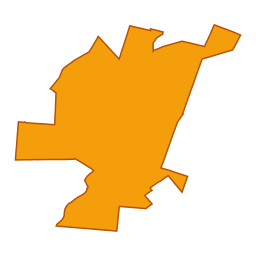 Lehliu, Calarasi, Romania
{"feature_id": "2599482B77078336789858", "entity_name": "Lehliu", "entity_type": "district", "adm_level": 2, "iso_a3": "ROU", "parent_name": "Romania", "parent_adm1": "Calarasi", "projection": "natural_earth1", "projection_center": [26.817, 44.478], "detail": "fine", "context": "isolated", "style": "filled", "palette": "amber", "viewbox_px": 256, "rotation_deg": 0, "n_neighbors": 0, "source": "geoboundaries", "source_scale": "gbopen_adm2", "svg_char_len": 3825}
<svg xmlns="http://www.w3.org/2000/svg" viewBox="0 0 256 256"><path d="M56.2,226.0L64.5,226.7L116.8,231.1L119.3,206.4L146.2,208.6L146.7,207.9L147.9,207.0L152.0,204.0L152.1,203.8L149.9,201.5L149.5,201.0L149.3,200.9L149.1,200.6L148.4,199.7L144.6,195.3L152.0,190.4L150.1,188.2L150.1,187.9L150.2,187.7L157.8,182.4L158.4,182.3L161.0,180.6L168.2,175.6L182.0,192.2L187.6,176.4L177.3,173.1L169.8,170.5L160.9,167.9L162.2,164.5L162.9,162.8L163.3,162.2L163.6,160.9L163.9,160.1L164.4,158.7L165.1,156.7L166.1,153.9L167.1,151.1L168.8,146.1L172.7,135.1L177.5,122.1L183.3,113.8L182.6,113.5L184.2,109.5L185.3,106.2L191.1,89.8L192.7,85.3L192.8,85.2L196.0,76.1L197.0,73.3L198.9,67.9L201.3,61.2L202.0,59.3L202.1,59.1L203.3,58.7L221.7,53.2L227.3,51.5L229.4,50.9L231.6,50.3L231.8,50.2L232.3,50.1L232.7,49.9L233.4,48.6L235.5,44.8L237.5,41.0L240.6,35.1L238.0,34.0L234.5,32.5L232.0,31.5L229.7,30.6L227.3,29.7L223.4,28.3L221.0,27.4L219.5,26.8L217.4,26.0L215.1,25.0L214.2,24.9L213.6,26.2L212.7,28.2L212.3,29.3L209.8,35.0L208.2,38.5L204.5,46.5L204.4,46.5L188.5,42.7L182.4,41.3L182.2,41.2L180.7,41.6L179.3,42.0L177.2,42.6L174.6,43.3L171.1,44.3L168.2,45.1L165.7,45.8L163.9,46.3L163.5,46.5L160.9,47.5L157.2,49.1L155.8,49.6L154.3,50.3L154.0,50.4L153.5,50.9L153.1,51.2L153.2,47.0L153.1,45.0L153.1,44.0L153.2,42.9L153.9,41.9L155.0,40.5L155.7,39.4L156.6,38.0L156.9,37.7L158.6,36.7L159.8,35.9L161.2,35.0L161.3,35.0L162.6,34.2L163.1,32.0L156.8,30.4L151.9,29.2L150.4,28.8L150.3,29.0L150.4,30.0L150.5,30.6L149.3,30.3L140.6,28.3L129.8,25.8L129.2,27.9L127.1,34.5L126.1,37.6L125.0,41.0L123.8,44.8L122.7,48.0L121.2,52.6L120.0,56.6L119.3,58.6L119.1,59.0L109.1,48.2L103.5,42.1L98.2,36.4L97.8,36.6L97.7,37.2L97.5,38.1L97.4,38.2L96.5,39.6L95.3,41.6L94.4,43.2L93.9,43.9L92.7,46.0L92.3,46.6L91.2,48.4L90.3,49.9L89.4,51.3L89.2,51.6L89.1,51.8L88.9,51.9L88.8,52.0L86.7,53.3L84.9,54.2L83.0,55.4L77.3,58.6L74.8,60.1L74.6,60.2L74.2,60.4L74.2,60.5L71.9,62.1L70.2,63.4L69.3,64.0L68.9,64.3L66.1,66.4L64.2,67.7L64.1,67.8L64.0,68.0L62.8,69.4L62.4,69.9L62.2,70.2L62.1,70.4L61.8,71.3L61.1,73.1L60.5,74.9L59.9,76.5L59.8,76.9L59.6,77.1L59.4,77.4L59.0,77.9L58.7,78.4L58.5,78.6L57.1,80.3L56.4,81.2L55.4,82.4L54.5,83.5L53.8,84.4L52.4,86.1L51.6,87.1L50.2,88.8L50.8,89.0L51.2,89.1L51.4,89.2L51.7,89.5L52.5,90.1L53.7,91.1L54.3,91.6L54.7,91.9L56.1,93.0L55.9,95.9L55.8,99.2L55.6,103.6L55.5,106.2L55.4,109.1L55.3,112.0L55.0,117.6L54.9,119.8L54.8,121.9L54.7,124.5L54.3,124.7L52.6,124.6L48.9,124.3L45.2,124.0L31.9,123.2L29.8,123.0L26.9,122.8L25.4,122.4L24.7,122.1L24.4,121.9L24.0,122.4L21.8,122.2L19.1,121.9L18.4,121.9L18.0,126.8L17.4,134.3L16.9,141.4L16.4,147.8L16.2,149.4L15.4,159.9L18.7,159.9L21.9,159.8L28.3,159.8L29.4,159.8L29.5,159.8L33.6,159.7L34.1,159.5L35.2,159.5L35.5,159.7L48.8,159.5L56.0,159.5L61.3,159.5L66.2,159.4L71.0,159.3L71.5,159.3L72.0,159.1L72.8,159.2L73.5,159.3L74.1,159.3L74.7,158.6L75.2,158.8L75.9,159.1L76.1,159.2L77.5,160.1L79.9,161.5L85.1,164.7L87.1,166.0L89.3,167.4L92.3,169.4L93.6,170.3L92.1,172.1L89.9,173.7L89.5,174.1L89.0,174.5L88.3,175.4L88.0,175.7L87.4,176.0L87.0,176.4L86.7,176.8L86.2,177.6L85.7,178.4L85.4,178.8L84.9,179.6L84.7,180.6L85.1,181.4L85.5,181.9L85.7,182.3L86.0,182.8L86.1,183.0L86.4,183.7L86.8,184.7L87.0,185.2L87.2,185.8L87.6,186.1L88.1,186.7L87.9,187.2L87.7,187.7L87.4,188.2L87.0,188.3L87.0,188.8L86.9,189.7L86.6,190.8L86.3,191.3L84.3,193.4L83.4,194.1L82.0,195.0L80.8,195.6L79.5,196.3L76.9,197.9L74.3,199.7L73.2,200.6L73.0,200.8L71.8,201.8L71.5,202.1L69.0,203.4L68.7,203.7L68.3,204.1L68.0,204.4L67.6,204.9L67.4,205.1L66.6,206.1L66.1,206.8L65.6,207.8L65.3,208.3L65.0,209.0L64.8,209.9L64.7,210.4L64.6,210.9L64.4,212.6L64.3,213.4L64.1,215.6L64.1,215.8L63.7,216.8L63.6,217.1L63.2,217.9L62.4,219.2L62.1,219.7L61.8,219.9L60.9,220.8L60.1,221.6L58.9,222.6L57.7,223.5L56.8,224.5L56.4,225.5L56.2,226.0Z" fill="#f59e0b" stroke="#b45309" stroke-width="1.5"/></svg>